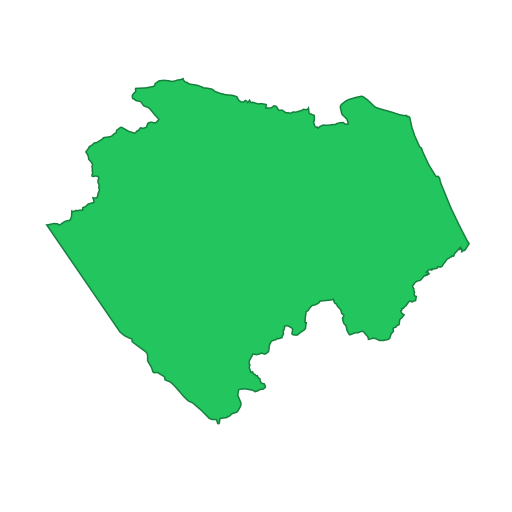 outline of Bo Trach, Quảng Bình, Vietnam, rotated 5°
{"feature_id": "81297802B63375818356773", "entity_name": "Bo Trach", "entity_type": "district", "adm_level": 2, "iso_a3": "VNM", "parent_name": "Vietnam", "parent_adm1": "Quảng Bình", "projection": "orthographic", "projection_center": [106.315, 17.487], "detail": "fine", "context": "isolated", "style": "filled", "palette": "green", "viewbox_px": 512, "rotation_deg": 5, "n_neighbors": 0, "source": "geoboundaries", "source_scale": "gbopen_adm2", "svg_char_len": 6053}
<svg xmlns="http://www.w3.org/2000/svg" viewBox="0 0 512 512"><g transform="rotate(5 256 256)"><path d="M223.6,99.5L222.3,98.8L218.6,98.0L211.2,98.0L209.3,97.5L207.2,97.4L200.6,95.6L198.1,93.8L197.3,93.6L192.3,93.0L189.5,93.2L187.9,92.5L182.9,91.1L174.8,90.5L174.0,90.3L172.7,89.3L170.1,88.7L169.4,88.2L168.3,86.8L167.8,85.6L165.9,86.8L162.1,87.7L159.3,89.0L158.4,89.0L157.3,89.4L155.9,89.5L155.0,89.1L149.0,89.0L144.3,89.9L142.3,91.4L140.5,93.2L140.2,95.0L139.8,95.6L138.8,96.1L131.4,98.2L121.6,99.5L121.3,100.2L121.9,102.4L119.1,106.0L118.8,107.0L118.9,108.3L119.5,109.9L121.2,110.4L121.9,111.1L123.2,111.7L126.5,112.0L128.0,112.5L130.6,115.7L131.5,116.3L135.4,117.4L137.3,118.5L142.9,124.2L147.0,127.9L147.3,128.5L144.4,132.3L139.6,131.8L137.3,132.7L136.5,133.7L135.7,136.9L135.0,137.6L133.2,138.4L131.8,138.6L129.7,138.4L127.9,141.3L126.8,141.6L124.9,144.0L124.2,144.2L118.5,143.0L111.8,139.9L110.5,139.5L109.7,139.8L106.5,142.7L106.1,143.5L106.1,145.4L104.1,146.5L101.8,149.2L98.4,150.4L94.4,151.2L93.7,151.5L92.1,153.5L86.9,157.2L85.3,157.3L82.4,160.3L80.5,161.5L79.8,163.3L77.6,166.7L77.6,167.5L78.8,168.8L80.3,171.4L80.9,174.2L84.1,177.3L85.2,179.0L84.8,181.3L85.4,183.4L85.4,185.3L86.1,187.4L85.6,189.2L85.6,190.4L85.8,190.8L86.9,191.0L89.2,190.2L91.7,190.6L92.9,192.5L92.1,193.6L91.9,194.9L92.5,197.2L93.7,198.9L93.3,201.1L94.2,204.1L94.2,204.9L93.3,206.9L92.8,211.1L92.0,212.0L89.8,212.4L88.5,212.2L89.7,215.3L89.8,216.3L89.5,216.9L84.4,218.8L81.5,221.9L79.3,222.9L79.1,223.3L79.4,225.3L79.1,225.6L76.6,225.6L74.1,226.5L72.9,226.2L70.2,227.7L68.6,227.2L68.8,232.8L67.9,235.7L67.2,236.7L63.3,237.9L61.7,238.9L58.4,241.7L57.3,242.3L56.8,242.2L55.4,241.2L51.4,241.3L49.8,242.0L48.1,242.3L47.0,242.9L44.8,243.3L127.1,343.5L132.0,346.9L136.9,348.8L139.8,349.5L139.9,351.8L142.0,353.4L154.4,361.0L156.0,362.5L156.6,364.2L157.2,369.7L157.9,371.0L161.5,376.0L163.5,380.5L164.8,381.2L167.7,380.6L168.5,380.9L174.8,384.0L175.8,385.0L175.8,386.4L176.2,387.3L181.6,389.0L185.8,392.1L196.3,402.3L200.4,405.7L202.3,406.7L205.6,407.8L215.1,414.6L223.7,421.9L226.6,422.7L230.3,422.4L231.2,423.0L232.2,425.8L233.1,426.4L233.8,426.1L234.1,425.1L234.1,422.2L234.5,421.1L235.7,420.6L240.6,419.6L243.5,417.7L246.2,415.0L250.2,413.5L251.6,411.8L253.5,407.5L254.0,405.1L253.7,403.4L250.0,396.4L250.3,390.8L251.9,390.0L257.3,389.3L264.7,390.0L266.9,391.3L269.3,390.3L272.3,388.3L273.8,388.3L274.7,388.0L276.8,386.0L276.8,385.4L276.4,384.4L275.3,382.6L273.2,382.4L271.7,381.6L270.5,377.8L269.3,377.4L268.2,376.2L267.8,375.2L266.3,375.3L265.1,374.0L263.6,373.6L262.6,371.6L261.3,372.4L260.9,372.3L259.8,369.4L258.9,368.0L259.4,364.7L258.7,364.3L258.4,363.5L258.5,361.0L261.6,353.8L265.0,354.3L268.1,353.3L269.7,352.2L273.2,353.0L274.3,352.5L276.6,350.4L276.9,350.0L276.9,347.7L277.2,346.6L276.9,344.7L278.3,340.3L279.1,339.4L281.1,338.2L282.8,337.9L284.2,336.3L285.2,336.6L289.0,335.1L289.2,332.9L289.6,332.6L290.1,331.2L290.1,330.3L289.4,328.8L290.4,326.9L290.8,323.2L293.8,322.7L298.6,325.0L298.9,326.5L298.5,330.2L299.7,331.2L300.8,331.3L303.2,331.3L304.2,331.0L306.6,328.6L310.7,325.3L311.7,323.6L311.6,320.7L312.0,318.0L310.7,318.0L310.3,317.3L310.7,315.8L310.4,314.8L310.8,307.3L311.1,306.7L312.6,306.0L314.0,303.1L316.0,300.8L316.5,300.3L319.0,299.6L321.2,298.3L322.9,297.0L323.3,295.8L324.4,295.2L333.5,293.5L335.7,292.9L336.6,292.3L338.2,295.6L338.9,296.3L340.8,297.1L341.3,298.7L345.1,302.2L346.4,305.8L348.6,307.2L348.5,308.6L347.6,310.5L348.2,312.7L349.1,315.0L350.0,316.2L351.7,317.6L353.3,322.6L355.9,326.3L356.8,326.2L361.0,324.1L362.3,323.7L364.6,323.5L366.7,322.3L368.2,321.8L369.6,322.0L373.9,326.2L375.0,327.8L375.3,329.3L380.3,327.6L382.5,327.9L386.7,329.5L388.3,329.1L390.3,329.1L395.1,327.5L396.4,326.3L397.2,322.6L397.8,321.3L399.5,319.0L398.9,316.8L399.2,315.6L401.4,314.8L402.6,313.0L404.5,311.9L404.8,306.7L406.7,304.8L408.7,301.6L406.7,300.8L404.9,298.6L405.0,298.2L406.0,297.3L405.8,295.8L407.5,295.2L408.1,294.0L409.8,292.4L411.4,289.6L412.9,287.5L413.4,287.5L415.7,288.2L417.2,286.8L418.5,286.8L418.9,286.5L419.2,282.3L417.6,281.9L417.2,281.3L416.9,280.2L417.1,278.3L416.0,276.0L416.1,274.7L414.8,273.3L414.6,272.3L416.8,268.5L418.9,266.8L420.9,266.3L422.2,265.5L425.1,261.4L425.9,260.7L426.4,260.9L427.0,260.4L427.9,260.3L427.7,259.8L428.0,259.2L429.2,259.3L430.1,258.6L428.4,257.2L428.5,256.7L427.4,256.9L429.3,254.7L430.7,254.4L432.3,254.7L432.3,253.4L432.7,253.3L432.8,253.7L434.5,253.4L437.4,252.4L437.9,251.8L438.0,250.8L440.8,251.0L442.5,249.8L443.0,248.4L446.8,242.3L448.4,241.4L449.8,240.1L450.9,239.7L451.1,238.9L452.8,239.0L453.6,236.4L458.8,229.6L459.3,230.3L458.6,231.2L458.6,231.6L459.7,231.1L460.4,231.3L460.7,231.8L460.4,233.9L460.7,233.9L461.8,232.6L463.3,232.3L463.7,231.9L467.2,225.2L464.4,221.4L455.9,207.9L446.0,191.2L434.0,167.9L432.7,164.7L432.2,162.7L430.6,160.8L429.1,161.0L428.0,160.7L420.1,150.0L413.1,137.9L411.4,134.0L409.7,133.3L409.4,132.8L403.5,122.2L400.1,114.3L397.0,104.4L396.4,104.0L395.4,103.7L394.4,104.1L393.9,102.9L391.3,103.2L386.9,102.8L377.9,100.7L366.2,98.5L362.9,97.7L361.2,96.9L353.8,91.0L349.2,88.2L347.3,87.6L341.2,89.5L334.7,92.1L332.3,93.5L329.3,96.2L327.6,98.0L327.1,99.3L327.0,100.4L329.0,106.8L329.7,107.7L334.4,111.5L335.6,113.9L336.4,116.4L334.9,116.8L333.2,116.8L331.1,115.4L327.8,116.0L326.5,116.7L325.4,116.7L323.5,118.1L322.6,118.4L320.9,118.3L318.4,119.1L313.8,119.8L312.4,119.5L310.2,120.3L308.2,121.6L306.8,123.3L305.8,122.2L304.1,122.3L303.5,122.0L301.5,117.2L302.2,116.4L302.2,114.0L301.8,110.9L297.3,109.5L296.4,109.0L295.4,104.1L294.7,105.3L294.2,105.5L292.4,105.9L290.6,105.7L288.9,107.0L283.0,109.3L280.3,109.3L279.3,110.1L277.7,110.7L276.9,110.8L275.4,110.4L274.2,110.8L272.1,110.1L269.4,108.4L266.8,108.8L265.6,108.5L263.6,105.6L262.0,104.8L260.6,104.9L259.4,106.2L257.5,107.4L252.7,107.6L253.2,104.8L252.9,104.2L248.0,103.7L245.3,104.3L242.1,103.8L239.3,103.1L238.1,103.7L237.2,103.2L236.0,101.4L234.5,104.0L233.3,102.7L232.1,101.9L231.1,102.5L230.6,103.6L228.2,103.9L225.5,102.6L223.6,100.0L223.6,99.5Z" fill="#22c55e" stroke="#15803d" stroke-width="1.5"/></g></svg>